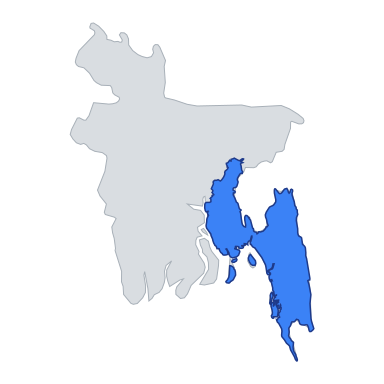 where Chittagong sits in Bangladesh
{"feature_id": "BGD-2476", "entity_name": "Chittagong", "entity_type": "Division", "adm_level": 1, "iso_a3": "BGD", "parent_name": "Bangladesh", "parent_adm1": "", "projection": "orthographic", "projection_center": [91.588, 22.498], "detail": "fine", "context": "in_parent", "style": "filled", "palette": "blue", "viewbox_px": 384, "rotation_deg": 0, "n_neighbors": 0, "source": "natural_earth", "source_scale": "10m", "svg_char_len": 9704}
<svg xmlns="http://www.w3.org/2000/svg" viewBox="0 0 384 384"><path d="M121.5,281.8L121.6,271.3L115.1,250.6L115.5,248.3L114.2,238.4L112.6,232.8L111.8,227.0L116.1,218.6L114.4,217.2L105.3,214.5L104.3,212.3L106.4,204.0L100.0,196.0L97.5,190.1L104.9,171.3L107.0,158.2L106.5,155.6L102.3,152.6L94.8,151.3L89.5,148.7L86.4,144.9L83.8,143.4L80.6,144.4L76.4,142.8L73.0,139.1L70.2,134.5L71.5,129.6L77.3,118.1L79.3,117.8L84.0,120.2L85.8,120.2L89.0,115.7L93.6,102.7L108.8,104.1L112.5,103.8L116.3,102.8L118.4,101.2L119.6,99.1L119.2,97.3L114.6,94.8L112.8,92.9L111.7,87.6L110.3,85.6L101.2,85.2L96.5,82.7L94.0,80.5L89.5,73.2L83.9,67.8L78.5,66.5L76.4,64.7L75.3,62.0L76.1,58.1L79.1,50.6L94.4,34.7L94.9,32.9L94.4,30.8L90.0,28.1L89.8,26.8L91.1,23.4L93.6,23.0L98.7,26.2L103.8,31.4L106.8,35.9L106.9,39.4L110.9,40.2L114.3,41.8L117.9,41.4L120.1,42.3L121.7,42.0L122.3,40.0L119.4,34.9L120.9,32.7L124.3,32.9L126.8,34.9L128.5,38.9L128.7,45.0L132.7,50.6L137.9,54.6L142.1,56.5L147.1,57.8L151.4,56.6L153.6,52.8L152.7,49.3L153.4,46.3L155.2,44.6L157.9,44.7L159.8,47.2L165.5,60.5L164.2,66.4L165.3,82.5L163.7,93.1L164.6,97.1L165.5,97.9L174.4,100.0L187.2,104.3L197.1,106.0L241.7,105.0L251.4,107.1L281.2,105.5L289.3,108.8L298.1,114.3L303.1,118.4L304.0,120.7L303.5,122.7L301.8,123.8L298.8,123.9L291.8,121.3L290.6,122.0L290.5,128.4L284.9,144.4L284.1,149.4L282.1,151.3L276.2,152.3L272.3,161.7L270.6,162.8L266.8,160.8L264.4,161.1L261.3,162.0L258.3,164.1L256.2,166.8L253.8,167.7L245.4,167.5L243.8,171.8L238.3,177.5L234.5,192.5L234.7,197.1L239.4,209.0L242.6,224.6L243.8,226.2L245.4,226.3L245.5,219.2L247.1,218.3L249.0,219.1L253.0,228.7L255.2,231.1L258.7,231.8L262.7,230.3L265.7,227.5L266.9,224.5L265.9,214.0L267.8,209.8L274.6,203.4L275.6,201.5L275.1,191.0L277.7,190.7L281.2,191.5L285.5,189.0L286.9,188.9L288.7,191.6L291.8,191.1L296.6,211.8L297.0,226.5L298.2,234.6L299.8,236.4L305.1,248.6L310.3,291.6L311.0,318.9L313.2,328.1L311.5,330.2L309.8,330.6L308.2,327.4L296.9,320.5L294.2,321.2L290.4,325.3L288.9,329.0L289.5,334.3L290.8,339.4L293.5,342.4L293.7,345.6L296.8,357.9L295.9,358.0L289.7,346.8L282.2,335.9L279.8,316.2L279.6,306.5L274.5,295.0L269.7,275.1L271.8,268.1L268.2,271.1L262.7,259.2L254.0,247.5L251.4,242.3L251.3,237.3L247.6,242.3L242.5,245.9L237.3,251.2L233.8,252.8L222.8,253.8L216.6,246.6L207.6,229.0L206.4,225.0L207.7,214.7L205.6,204.9L205.0,196.3L203.4,197.1L202.8,199.4L203.1,203.1L202.4,206.1L187.3,204.0L193.7,209.2L200.6,210.4L204.2,215.1L204.4,222.7L197.5,227.3L198.1,231.2L202.0,235.9L197.2,237.2L195.9,240.3L195.7,244.7L199.0,251.5L198.4,254.1L204.1,263.0L205.2,267.2L203.7,273.2L191.2,285.3L187.5,293.8L184.4,297.8L180.5,298.5L175.9,294.4L175.8,290.2L176.8,286.9L183.4,278.9L179.9,280.0L169.7,286.5L167.8,281.1L166.6,276.1L166.7,270.0L171.6,260.9L166.1,265.4L164.5,271.1L165.1,277.8L164.3,282.5L162.1,288.7L159.1,292.4L154.3,294.7L152.1,298.3L148.9,301.0L147.9,288.5L144.7,271.6L143.9,275.2L145.6,285.7L145.4,292.5L142.7,297.8L137.3,303.5L133.3,304.3L130.9,303.3L123.6,294.5L123.1,286.3L121.5,281.8ZM213.7,283.0L204.4,285.0L199.7,284.3L208.6,269.3L208.4,262.5L207.0,257.0L202.6,252.5L202.4,249.3L200.4,245.0L199.4,239.9L204.4,238.3L208.4,241.2L209.8,247.0L211.7,251.3L218.7,260.2L218.5,265.7L216.6,279.0L213.7,283.0ZM233.7,278.2L228.0,282.2L230.0,258.3L234.1,267.2L235.2,272.0L233.7,278.2ZM255.4,266.3L252.9,268.0L250.6,266.5L247.6,260.9L249.1,253.8L250.0,252.7L253.6,260.0L255.4,266.3ZM276.4,316.7L273.2,316.9L271.6,315.2L272.4,312.8L271.5,305.1L275.6,304.3L277.1,310.8L276.4,316.7ZM272.8,295.0L270.4,302.7L269.5,299.3L271.1,292.5L272.8,295.0ZM206.8,232.6L207.7,235.1L202.6,231.8L201.2,229.6L203.5,228.4L206.8,232.6Z" fill="#d9dde1" stroke="#a8b0b8" stroke-width="1"/><path d="M311.6,321.6L313.8,328.6L313.3,329.5L312.2,330.6L311.0,331.5L309.9,331.6L309.2,330.8L308.4,327.3L307.4,325.0L306.0,324.7L304.2,325.1L301.9,324.9L300.7,324.5L299.7,323.7L298.9,320.8L298.2,319.8L296.5,319.3L294.5,321.7L291.9,321.9L291.3,323.0L290.6,325.5L289.1,327.6L288.8,328.6L289.2,332.1L288.6,335.8L289.4,337.6L290.6,338.8L291.3,340.5L293.5,342.4L293.1,347.0L293.3,349.4L293.9,351.5L295.7,354.4L295.9,355.5L297.3,359.3L297.3,360.5L296.9,361.0L296.5,360.8L295.5,359.6L294.3,356.6L290.6,349.9L289.6,346.2L289.3,345.6L286.5,343.2L284.4,339.8L282.1,337.0L281.7,336.1L281.6,334.9L282.0,331.1L281.6,328.7L278.6,323.2L277.5,322.3L276.7,320.5L276.5,319.5L277.2,319.9L278.3,317.8L279.1,317.2L280.1,317.5L279.5,316.9L278.9,315.8L278.6,313.5L280.3,311.4L280.1,310.4L281.1,309.0L280.9,308.5L281.2,307.9L281.1,307.4L280.4,306.9L280.7,305.3L280.5,304.8L280.1,305.7L280.5,305.7L279.8,307.6L279.2,308.5L278.3,308.5L277.9,307.8L278.3,305.3L277.9,305.3L277.6,306.3L277.1,306.2L276.4,304.7L276.6,303.4L277.8,302.9L278.6,302.1L278.3,301.7L277.4,302.4L277.0,301.9L277.3,301.0L278.6,300.5L278.6,300.1L276.1,300.3L274.2,300.9L273.7,300.4L273.8,299.1L274.4,297.8L275.3,297.3L274.9,296.7L275.1,296.2L276.4,295.4L276.4,295.0L275.4,295.3L274.6,296.2L274.1,294.3L273.7,291.5L272.7,290.1L272.7,287.9L271.3,282.0L271.2,280.0L272.0,280.4L271.7,279.6L271.2,279.7L270.8,280.5L270.9,281.6L270.5,281.6L269.4,279.3L269.1,277.9L269.0,276.5L269.3,275.6L270.5,274.1L270.4,273.1L269.0,272.1L268.8,270.6L269.8,269.9L272.3,268.9L272.9,267.9L274.1,263.8L273.0,263.8L272.4,266.9L272.5,267.3L270.7,269.0L268.3,270.3L267.9,270.9L268.1,271.8L269.8,272.9L269.8,274.0L268.9,274.7L267.7,274.6L266.9,273.3L265.9,266.7L265.4,264.6L261.8,257.5L254.9,247.9L253.2,247.2L252.3,246.4L251.1,244.4L250.7,244.6L250.4,244.4L250.1,243.0L250.2,242.3L250.7,241.6L251.9,237.5L251.9,236.1L251.5,236.1L250.4,240.2L249.9,240.8L248.7,241.2L248.0,242.2L247.7,243.4L247.8,244.8L246.3,243.8L244.2,243.6L244.2,244.0L245.3,244.4L245.5,244.9L244.9,245.4L241.2,245.7L243.5,246.7L243.3,247.6L242.7,248.1L240.9,248.4L238.8,248.0L238.7,246.7L237.3,246.4L235.5,246.4L235.4,246.7L236.1,247.3L236.4,248.0L236.0,248.4L234.8,248.3L234.8,248.8L239.2,250.2L239.8,251.3L239.7,252.1L238.6,255.1L237.5,256.1L236.5,256.9L232.5,257.9L230.5,256.9L229.4,255.3L228.9,252.8L226.7,248.8L226.0,249.1L226.8,249.9L227.5,251.5L227.9,253.2L227.8,254.3L226.7,254.8L224.9,255.1L223.3,255.0L222.6,254.4L222.3,253.6L220.9,252.6L219.6,250.5L219.2,248.8L218.6,248.6L217.0,248.7L216.2,246.3L214.9,245.4L214.5,244.4L213.8,243.3L212.9,240.7L212.5,238.8L211.2,235.9L210.8,233.9L206.7,228.3L206.2,226.7L206.1,225.5L206.7,221.9L206.8,219.6L207.1,218.3L208.1,216.1L207.9,215.0L208.3,215.0L207.4,213.1L207.4,212.4L208.0,211.9L207.5,211.7L207.6,211.4L206.2,211.9L205.3,210.7L204.7,207.9L204.8,204.5L205.2,203.2L206.5,202.4L209.6,202.4L210.9,201.7L210.9,199.6L210.7,198.8L210.2,198.5L210.7,197.8L212.4,196.4L212.0,195.8L212.3,195.3L213.7,194.9L213.8,194.6L212.0,192.5L212.4,192.0L212.9,190.8L212.5,190.0L211.3,188.8L213.3,184.2L213.4,183.4L213.1,182.1L213.4,181.3L214.7,180.3L216.7,180.3L218.1,179.7L220.3,181.0L221.5,180.1L223.5,177.3L224.6,174.9L224.9,173.5L224.7,172.4L225.2,171.0L226.6,169.9L227.7,168.7L228.1,167.5L227.0,166.9L227.4,166.1L226.5,164.7L226.3,163.3L227.9,162.7L229.6,160.3L230.3,160.9L231.1,161.0L231.1,159.3L233.5,158.6L234.2,158.1L238.5,160.4L239.8,160.6L241.9,159.0L242.9,158.7L243.6,159.0L243.4,159.6L240.9,161.5L242.8,162.6L240.9,163.2L240.5,164.0L241.1,165.9L241.6,169.6L241.8,170.5L242.6,171.5L242.3,173.4L241.4,173.2L240.5,173.6L239.8,174.2L237.5,178.2L237.3,179.8L238.1,181.9L237.9,182.9L236.9,186.1L236.3,187.0L235.3,187.5L233.5,187.9L233.0,189.0L233.2,190.3L234.9,191.1L235.3,191.9L234.8,192.9L233.4,192.9L233.2,194.3L233.4,195.3L234.9,198.2L236.3,202.0L237.6,203.0L238.0,203.6L239.1,207.9L239.6,209.0L241.0,209.8L241.1,210.1L240.0,211.6L240.6,213.1L241.8,222.4L242.5,224.8L243.8,226.5L245.5,227.0L245.7,225.1L244.8,220.2L244.7,217.7L245.0,216.3L245.6,215.5L246.8,215.5L247.8,216.3L249.0,218.2L249.2,217.7L249.6,218.2L249.6,219.2L250.5,220.0L252.6,228.1L253.4,228.6L253.6,230.9L254.3,231.7L256.5,232.4L257.0,233.8L257.8,233.3L258.6,231.9L259.1,231.7L260.2,232.0L262.7,231.3L263.4,230.9L265.0,229.2L265.9,227.8L266.0,227.1L266.2,226.8L267.1,226.8L268.1,225.4L267.2,223.0L266.4,219.0L265.6,217.2L265.3,214.9L266.3,212.1L269.2,207.5L270.1,206.7L273.0,205.5L273.8,204.8L275.7,202.0L275.8,199.8L274.4,193.1L274.3,190.9L274.4,189.7L274.7,188.9L275.5,188.9L279.0,193.2L279.8,193.7L281.1,193.3L282.0,192.5L284.5,189.1L286.8,188.4L287.8,190.0L288.4,192.2L289.1,193.2L289.9,192.4L290.6,189.7L291.4,189.2L292.5,189.8L292.7,191.0L292.0,193.5L292.2,195.4L294.3,202.0L294.8,205.6L296.1,207.2L296.2,208.9L297.3,210.1L297.3,212.3L297.8,214.4L296.5,217.5L296.3,220.6L297.7,228.8L297.7,232.8L298.1,234.7L299.1,236.3L300.8,237.0L301.6,237.9L302.5,244.2L304.6,246.3L305.1,247.1L305.4,248.0L305.8,252.5L305.7,255.8L306.6,258.6L309.9,278.4L309.8,279.9L308.4,280.2L307.8,280.7L309.0,284.6L310.9,294.7L310.0,303.5L311.0,318.7L311.6,321.6ZM233.6,267.7L234.0,269.1L234.8,269.8L235.4,271.9L235.6,275.1L233.2,279.8L231.3,281.2L230.6,281.4L230.0,282.4L229.0,283.1L226.8,282.8L226.2,282.4L225.9,281.5L227.5,279.7L228.8,277.2L229.3,274.4L229.7,265.8L230.6,265.7L232.5,266.6L233.6,267.7ZM275.7,300.9L275.9,304.7L277.8,308.5L278.3,310.8L277.6,315.8L277.1,316.8L273.5,316.7L273.8,317.9L273.1,318.3L272.6,318.2L271.8,317.4L271.4,316.0L271.4,315.6L272.3,314.4L272.4,312.4L272.1,310.1L271.0,306.2L271.3,304.1L272.3,302.4L272.9,302.5L273.7,303.1L273.9,303.8L273.1,306.5L274.0,305.4L274.3,304.1L274.2,302.6L273.8,301.3L275.7,300.9ZM250.6,254.5L255.4,260.7L255.8,263.2L255.3,265.1L252.8,265.4L251.1,264.5L249.5,262.2L248.6,259.9L248.3,258.0L249.5,255.1L250.6,254.5ZM273.1,296.0L272.9,296.9L272.2,298.4L271.8,300.4L270.6,303.6L270.2,304.1L269.7,303.1L270.5,298.4L270.2,295.4L270.7,293.7L272.0,292.2L272.3,292.6L273.1,296.0ZM232.3,260.1L236.4,258.6L237.0,259.7L236.4,261.0L234.2,262.3L232.9,262.3L231.8,261.6L232.3,260.1Z" fill="#3b82f6" stroke="#1e3a8a" stroke-width="1.5"/></svg>